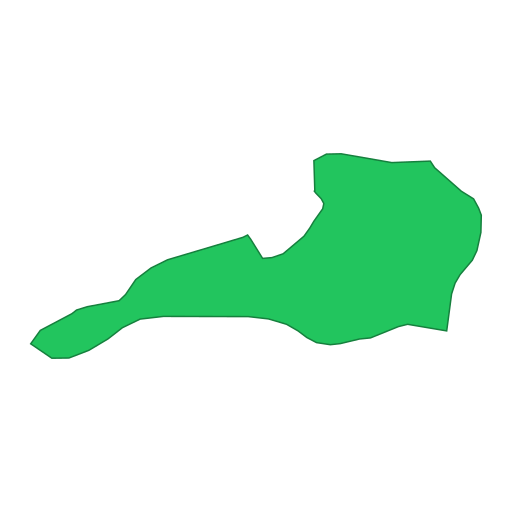 outline of Siparia
{"feature_id": "TTO-52", "entity_name": "Siparia", "entity_type": "Region", "adm_level": 1, "iso_a3": "TTO", "parent_name": "Trinidad and Tobago", "parent_adm1": "", "projection": "orthographic", "projection_center": [-61.668, 10.145], "detail": "fine", "context": "isolated", "style": "filled", "palette": "green", "viewbox_px": 512, "rotation_deg": 0, "n_neighbors": 0, "source": "natural_earth", "source_scale": "10m", "svg_char_len": 868}
<svg xmlns="http://www.w3.org/2000/svg" viewBox="0 0 512 512"><path d="M314.3,191.1L314.8,190.6L313.9,160.6L326.4,154.1L341.2,153.8L391.8,162.6L430.3,161.1L434.6,167.7L461.3,191.2L473.6,198.9L478.6,208.1L481.3,215.2L480.9,232.4L476.9,250.6L472.3,260.2L460.1,274.6L455.1,283.1L451.6,293.9L446.7,330.9L407.6,324.3L398.4,326.6L370.5,337.9L359.5,339.0L340.3,343.6L330.3,344.7L316.5,342.6L306.8,337.5L297.9,330.8L286.6,324.3L268.4,318.9L248.3,316.6L163.4,316.4L140.1,319.1L122.4,327.7L108.0,338.9L88.9,350.3L68.9,358.0L51.8,358.2L30.7,343.8L40.3,330.4L71.9,313.7L76.6,310.0L87.3,306.7L119.1,300.7L125.6,294.5L135.8,279.5L151.1,267.9L167.5,259.8L243.0,237.3L247.6,235.0L250.8,239.4L262.6,258.4L272.0,257.6L283.1,253.8L304.0,236.2L309.9,227.9L313.9,221.2L322.7,208.8L323.8,203.5L321.2,198.7L316.0,193.3L314.3,191.1Z" fill="#22c55e" stroke="#15803d" stroke-width="1.5"/></svg>